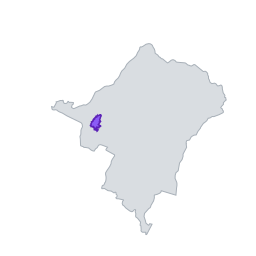 Masi-Manimba, Bandundu, Democratic Republic of the Congo shown in context, rotated 27°
{"feature_id": "63176286B37254158064276", "entity_name": "Masi-Manimba", "entity_type": "district", "adm_level": 2, "iso_a3": "COD", "parent_name": "Democratic Republic of the Congo", "parent_adm1": "Bandundu", "projection": "robinson", "projection_center": [18.055, -5.013], "detail": "fine", "context": "in_parent", "style": "filled", "palette": "violet", "viewbox_px": 256, "rotation_deg": 27, "n_neighbors": 0, "source": "geoboundaries", "source_scale": "gbopen_adm2", "svg_char_len": 6643}
<svg xmlns="http://www.w3.org/2000/svg" viewBox="0 0 256 256"><g transform="rotate(27 128 128)"><path d="M201.2,166.1L186.1,168.8L186.4,169.8L186.3,170.8L185.9,171.6L184.3,173.7L182.0,175.7L182.0,176.1L183.2,178.3L183.9,181.3L183.6,186.5L183.9,187.9L183.9,189.0L183.1,190.3L181.5,196.6L182.5,199.6L185.4,202.5L187.2,204.6L190.1,205.3L190.6,205.2L190.8,203.4L193.1,202.8L193.0,214.0L192.8,214.6L192.4,214.8L191.8,214.4L191.7,213.3L191.0,212.9L188.2,214.3L187.4,214.2L186.7,214.0L186.1,213.4L185.9,212.6L183.9,209.3L182.9,209.1L181.9,206.1L177.4,204.0L175.6,203.8L174.8,203.1L173.9,200.8L172.4,199.3L172.1,197.7L171.8,197.4L170.8,197.8L170.0,200.4L169.0,201.0L167.2,201.1L162.5,200.3L159.2,199.0L158.4,199.1L157.1,197.9L156.5,195.8L156.8,194.3L156.6,194.1L151.6,195.4L150.3,196.1L149.2,195.9L148.8,195.5L149.4,194.4L149.1,193.3L148.7,192.8L147.3,192.3L146.8,191.1L145.9,190.9L145.6,191.1L145.3,191.9L144.8,192.2L141.8,191.8L138.6,192.9L134.5,192.6L132.4,193.9L132.2,193.9L131.7,193.2L131.3,191.1L131.6,190.5L132.2,190.1L132.4,189.2L132.2,187.0L132.4,186.5L132.2,185.2L131.5,183.2L130.7,181.6L128.8,179.1L128.4,177.9L128.6,175.1L129.2,170.8L129.1,167.5L128.3,165.4L128.2,163.1L128.7,159.0L128.2,158.0L118.6,157.7L118.2,157.4L118.1,156.8L118.5,154.4L112.7,155.0L110.9,155.4L109.8,156.4L109.5,157.7L109.5,159.5L108.6,161.2L108.3,164.0L106.7,164.4L105.1,164.4L102.0,163.7L99.0,164.6L97.5,165.3L96.7,165.0L94.0,165.3L93.6,165.0L90.5,159.4L89.1,157.5L88.9,156.5L89.0,155.7L88.6,154.5L87.2,151.6L86.9,150.2L86.9,148.1L86.8,147.4L85.5,145.5L84.6,144.9L83.7,144.6L68.0,144.9L62.9,144.5L59.1,144.8L57.2,144.6L56.7,144.3L54.9,144.7L54.0,145.5L52.7,145.9L51.8,145.7L50.2,143.6L52.4,143.2L52.6,143.0L52.7,138.0L52.1,137.3L53.3,136.4L55.2,134.2L57.1,133.4L57.3,132.9L57.7,132.9L58.4,133.9L60.0,135.1L62.0,134.0L62.2,133.7L62.5,131.5L62.9,131.4L63.8,131.8L64.3,131.8L65.1,131.2L67.7,130.1L68.4,131.5L67.7,132.8L68.0,133.6L68.1,135.0L68.5,135.3L70.5,135.5L71.1,135.2L75.1,130.2L76.1,129.6L77.8,127.6L80.0,126.7L81.0,125.2L82.3,122.4L82.8,118.4L82.6,111.4L82.8,110.5L85.5,107.4L88.3,101.7L90.1,100.2L91.5,99.6L93.7,97.5L95.4,95.4L95.1,92.9L95.5,90.8L96.5,88.2L96.8,85.4L96.5,82.4L96.6,80.0L97.9,76.2L98.0,71.7L99.1,68.0L101.4,63.3L102.5,59.8L102.3,56.3L102.6,53.8L102.5,52.3L102.0,51.0L102.2,50.1L103.1,49.8L104.2,48.5L106.1,45.1L108.2,43.4L109.6,42.9L111.2,43.0L112.1,43.3L113.7,44.6L115.6,45.7L116.9,47.0L118.3,49.1L121.5,49.5L122.9,50.3L123.8,50.6L124.1,50.4L124.7,50.5L126.3,51.1L127.5,50.7L133.5,52.1L134.2,51.4L135.8,47.9L137.1,46.7L139.1,46.5L140.8,47.2L141.6,47.2L149.0,44.2L149.9,44.0L152.6,44.7L154.3,44.3L155.0,44.4L156.5,43.9L157.8,41.7L158.8,41.2L169.4,43.5L171.0,42.4L171.8,42.3L174.1,43.1L174.8,44.4L176.3,45.5L177.3,47.4L178.8,48.4L179.6,49.4L180.6,50.1L182.5,50.4L184.9,48.7L186.7,48.8L188.4,49.8L189.0,49.7L190.3,48.7L191.0,47.7L191.7,47.5L192.7,47.9L193.5,48.9L194.3,50.3L196.9,53.5L199.5,54.9L200.1,56.8L201.1,56.6L201.5,56.8L202.2,58.1L202.7,58.3L202.7,58.8L202.1,60.0L201.5,62.2L202.3,63.6L201.7,65.6L201.3,67.6L202.2,68.1L203.2,68.1L204.2,69.2L205.0,69.4L205.8,70.5L205.6,71.4L203.1,74.8L199.3,78.9L198.0,79.4L197.4,80.1L196.9,81.3L195.8,82.4L195.0,82.8L194.9,85.7L193.6,88.8L193.1,89.4L192.4,94.4L192.6,95.3L191.8,99.4L191.9,103.2L190.1,104.4L188.8,106.3L188.3,107.6L188.3,110.7L186.2,112.5L186.0,113.0L186.6,115.2L187.3,115.5L187.3,116.2L189.0,118.6L188.9,125.8L189.0,126.5L189.9,128.2L190.5,131.5L189.8,135.7L192.1,143.3L191.0,146.1L191.5,148.7L192.8,151.5L196.1,154.3L196.9,155.4L197.7,157.0L198.5,159.4L201.2,166.1Z" fill="#d9dde1" stroke="#a8b0b8" stroke-width="1"/><path d="M96.0,130.3L95.9,130.4L95.8,130.5L95.7,130.5L95.5,130.8L95.3,130.9L95.2,130.9L95.1,131.0L95.0,130.9L95.0,131.2L94.9,131.1L94.8,131.3L94.7,131.6L94.5,131.8L94.8,131.8L94.8,132.0L94.9,132.3L94.8,132.5L94.7,132.4L94.5,132.5L94.4,132.7L94.4,132.9L94.5,132.9L94.4,133.0L94.3,133.4L94.3,133.5L94.2,133.5L94.0,133.8L93.9,133.9L93.9,134.0L93.8,134.3L93.7,134.5L93.6,134.9L93.6,135.0L93.5,135.3L93.4,135.4L93.4,135.5L93.3,135.8L93.3,136.0L93.5,136.0L93.4,136.1L93.5,136.3L93.4,136.4L93.5,136.5L93.4,136.6L93.4,136.8L93.5,137.0L93.4,137.4L93.6,137.5L93.7,137.8L93.6,138.0L93.4,138.3L93.2,138.5L93.3,138.5L93.2,138.7L93.2,138.8L93.2,139.0L93.1,139.3L93.1,139.5L93.1,139.8L93.1,140.0L93.1,140.4L93.1,140.5L93.2,140.8L93.1,141.0L93.3,141.3L93.4,141.5L93.5,141.5L93.5,141.8L93.5,142.0L93.4,142.3L93.5,142.3L93.5,142.5L93.5,142.8L93.6,143.0L93.9,143.1L94.0,143.1L94.3,143.0L94.5,143.3L94.7,143.0L94.8,143.0L95.0,143.1L95.4,143.2L95.6,143.2L95.8,143.2L95.9,142.8L96.1,142.5L96.2,142.4L96.4,142.5L96.7,142.5L96.7,142.8L96.8,142.8L97.1,143.1L97.3,143.1L97.6,143.0L98.1,143.3L98.1,143.5L98.3,143.6L98.2,143.9L98.2,144.1L98.3,144.2L98.5,144.0L98.5,144.3L98.4,144.5L98.2,144.6L98.5,144.6L98.7,144.8L98.8,144.7L98.9,144.4L98.9,144.5L98.9,144.4L98.9,144.2L99.0,144.1L99.1,143.9L99.2,143.7L99.3,143.8L99.4,144.1L99.4,144.6L99.6,144.6L99.6,144.4L99.6,144.6L99.8,144.6L100.0,144.5L100.0,144.3L100.3,144.1L100.5,144.0L100.6,143.8L100.7,144.1L100.8,144.1L101.0,144.1L101.2,144.3L101.3,144.4L101.3,144.5L101.6,144.6L101.8,144.8L101.9,144.5L102.0,144.5L102.1,144.1L102.1,143.9L102.1,143.7L102.0,143.4L102.1,143.2L101.8,143.1L101.6,143.0L101.3,143.1L101.2,143.2L100.9,143.3L100.6,143.3L100.5,143.5L100.4,143.5L100.3,143.2L100.0,142.9L99.8,142.8L99.9,142.7L100.0,142.6L100.0,142.4L100.2,142.2L100.3,142.0L100.3,141.9L100.4,141.7L100.5,141.6L100.4,141.6L100.5,141.5L100.4,141.5L100.5,141.4L100.4,141.3L100.5,141.3L100.6,141.2L100.8,141.2L100.9,141.3L101.0,141.4L101.3,141.3L101.4,141.2L101.4,140.9L101.4,140.6L101.5,140.5L101.7,140.4L101.8,140.4L101.9,140.5L101.9,140.4L101.9,140.2L101.9,139.8L101.9,139.7L102.0,139.7L102.0,139.8L102.1,139.7L102.3,139.6L102.4,139.4L102.5,139.4L102.6,139.2L102.7,138.9L102.8,138.8L102.8,138.7L102.7,138.6L102.4,138.5L102.1,138.7L101.8,138.8L101.7,138.8L101.5,138.5L101.3,138.5L101.2,138.5L100.9,138.6L100.7,138.4L100.3,138.5L100.0,138.5L99.9,138.4L100.0,138.2L100.3,137.9L100.2,137.5L100.2,137.2L100.2,136.6L100.2,136.4L100.3,136.3L100.3,136.2L100.2,136.1L100.1,135.8L100.1,135.7L99.9,135.6L100.0,135.5L100.0,135.4L100.4,135.4L100.4,135.1L100.5,134.8L100.4,134.8L100.2,134.7L100.1,134.4L99.9,134.4L99.8,134.1L99.7,134.0L99.3,133.9L99.1,133.7L99.0,133.3L98.9,133.2L98.9,132.6L98.8,132.1L98.8,131.9L98.7,131.7L98.6,131.1L98.6,130.9L98.5,130.6L98.5,130.4L98.5,130.2L98.6,129.7L98.5,129.4L98.4,129.1L98.0,128.9L97.8,128.8L97.6,128.6L97.2,128.8L97.3,129.0L97.2,129.1L97.3,129.2L97.1,129.2L97.1,129.3L96.7,129.6L96.6,129.8L96.6,129.7L96.5,129.8L96.4,130.0L96.4,129.9L96.3,130.0L96.2,130.3L96.0,130.3Z" fill="#8b5cf6" stroke="#5b21b6" stroke-width="1.5"/></g></svg>